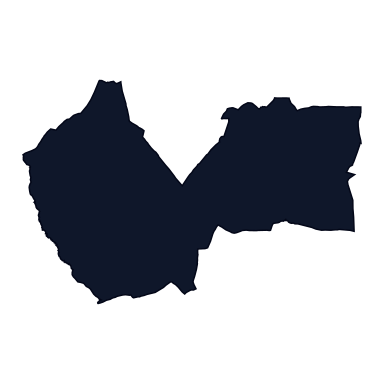 Chemba, Dodoma, United Republic of Tanzania
{"feature_id": "72390352B30961702846084", "entity_name": "Chemba", "entity_type": "district", "adm_level": 2, "iso_a3": "TZA", "parent_name": "United Republic of Tanzania", "parent_adm1": "Dodoma", "projection": "mercator", "projection_center": [35.501, -5.27], "detail": "fine", "context": "isolated", "style": "filled", "palette": "ink", "viewbox_px": 384, "rotation_deg": 0, "n_neighbors": 0, "source": "geoboundaries", "source_scale": "gbopen_adm2", "svg_char_len": 5854}
<svg xmlns="http://www.w3.org/2000/svg" viewBox="0 0 384 384"><path d="M196.0,288.8L193.9,284.6L193.0,281.9L193.3,280.3L194.6,276.3L196.4,269.4L197.4,263.6L197.2,262.9L197.5,260.1L197.4,258.0L197.9,254.5L197.7,253.6L197.6,250.7L197.9,249.1L198.8,248.9L205.1,248.6L207.6,247.8L210.5,241.2L212.8,233.8L213.9,231.3L215.3,229.2L216.3,227.2L217.7,225.3L218.0,225.1L218.8,225.2L219.5,225.8L221.8,227.0L225.9,229.8L230.3,231.7L231.8,232.6L233.4,233.0L234.6,233.1L236.7,232.6L240.6,231.2L242.2,230.5L246.2,230.1L249.3,230.5L256.3,230.6L258.2,230.4L266.7,230.2L269.4,230.5L270.5,230.3L272.1,225.5L272.7,224.2L273.6,223.3L278.1,222.7L279.6,222.1L280.7,221.1L282.1,221.1L282.8,220.7L283.2,221.1L283.7,221.1L284.4,220.3L285.0,220.4L285.6,219.7L285.7,220.3L285.9,220.5L286.1,220.1L288.0,220.9L288.0,221.3L288.6,222.1L290.3,223.0L291.9,223.3L293.2,223.0L294.8,223.8L298.0,223.9L311.8,227.4L315.8,229.0L321.5,230.2L325.1,230.0L330.8,230.2L335.2,229.8L337.4,229.8L339.2,229.4L350.1,230.3L354.1,231.3L353.6,217.0L352.9,208.6L352.8,200.2L347.9,184.6L347.4,181.4L348.6,179.0L350.0,177.8L354.6,174.6L348.0,172.7L346.4,172.4L348.8,167.6L350.1,166.2L351.8,165.5L352.5,165.0L352.7,163.8L353.7,161.8L357.2,152.2L359.7,144.8L360.2,142.8L361.0,143.2L360.7,140.5L359.1,133.9L358.2,126.2L358.1,122.2L358.1,121.5L358.9,119.1L360.3,116.6L360.5,113.6L360.8,112.6L360.8,107.0L351.7,106.9L345.7,107.3L343.7,106.9L336.9,106.9L328.6,106.5L325.5,106.8L319.8,107.0L317.7,106.6L313.4,106.4L311.3,106.8L308.8,107.9L304.5,108.4L300.8,109.2L297.2,110.7L296.5,110.0L294.5,106.6L291.0,103.3L289.1,98.8L289.1,98.2L286.1,98.0L277.5,98.1L274.6,97.9L274.3,99.0L273.3,100.6L267.0,106.9L265.7,107.3L265.0,106.7L263.3,106.9L262.6,106.6L262.2,106.8L261.7,107.3L261.3,107.4L260.7,107.3L260.3,108.2L259.7,108.9L258.3,108.6L257.6,108.1L256.4,106.8L252.4,103.5L251.0,103.0L247.8,102.8L243.7,104.8L241.5,106.4L238.2,109.8L233.0,107.8L232.1,107.8L229.4,108.2L227.4,108.8L226.4,111.2L223.6,114.1L221.5,118.5L221.7,118.8L222.1,118.8L223.6,118.5L226.0,118.6L228.8,118.5L228.8,121.9L223.9,136.6L222.1,136.5L221.0,137.1L219.8,138.8L219.3,141.3L219.7,141.9L215.9,144.9L211.0,149.8L207.9,154.1L206.6,154.9L199.6,163.5L197.9,164.5L196.9,166.3L193.5,169.9L191.9,172.5L189.8,174.6L188.2,176.8L182.2,185.8L175.7,178.3L174.1,175.9L168.7,168.8L165.6,165.3L158.9,157.0L158.1,155.2L155.9,152.3L154.0,150.9L151.2,148.0L148.2,144.2L147.8,143.3L145.7,141.1L144.5,139.2L142.5,137.1L144.0,130.8L142.2,129.3L139.7,127.9L138.9,127.8L137.7,126.5L136.4,125.6L132.1,123.2L129.5,121.3L129.1,120.2L128.7,116.8L127.2,109.5L126.0,105.6L125.9,103.8L122.2,91.1L120.9,83.1L120.8,81.8L118.3,83.0L116.5,83.6L115.2,83.0L113.6,81.4L110.6,81.9L108.9,82.5L108.6,82.6L107.9,82.2L106.5,82.7L105.7,82.7L105.3,82.2L101.8,80.6L99.5,80.5L99.1,80.9L94.5,92.1L90.9,99.7L87.2,105.7L80.8,113.4L78.4,113.6L74.0,115.2L73.0,115.9L69.5,119.1L67.1,119.4L64.3,121.4L63.2,122.7L58.9,126.6L56.1,130.0L55.3,130.0L50.7,129.0L47.3,132.1L45.5,134.5L44.2,135.9L43.8,136.8L42.1,139.2L40.7,141.7L38.8,144.3L37.8,146.3L36.8,147.7L35.5,148.9L31.8,150.7L25.3,153.2L23.0,154.8L23.5,155.7L23.5,156.6L23.3,157.4L23.6,157.8L23.6,158.3L23.3,158.7L23.4,159.9L23.8,160.8L24.8,161.4L24.8,162.0L25.6,162.6L25.9,163.3L26.5,164.0L26.8,164.5L29.2,165.2L29.6,166.0L30.0,166.1L30.4,166.6L30.3,167.5L29.7,167.8L30.1,168.5L30.1,168.8L30.0,169.7L29.7,170.0L29.5,171.1L29.8,173.2L30.1,174.2L30.0,174.7L30.9,177.6L30.4,179.5L31.1,182.4L30.4,183.2L29.4,185.9L29.2,187.5L29.7,191.2L30.3,194.0L31.2,195.1L31.9,195.2L32.1,195.8L33.2,197.4L33.1,197.7L33.7,198.5L34.1,199.4L35.0,200.1L35.2,201.2L34.7,201.2L34.6,201.5L35.0,201.7L34.9,201.9L34.5,201.9L34.3,202.1L35.0,202.2L34.8,203.2L34.9,203.4L35.3,203.4L35.5,204.0L35.4,204.7L36.0,205.6L36.0,206.8L36.4,207.3L36.3,207.6L36.9,208.5L37.4,208.6L37.5,209.1L37.8,209.2L38.2,209.7L38.7,209.9L39.3,210.8L39.3,211.1L39.6,211.3L39.4,211.5L39.5,211.8L39.1,212.5L39.4,213.1L39.2,213.9L38.7,214.0L38.7,214.5L38.4,215.1L38.7,215.5L38.6,215.9L38.8,216.2L38.8,216.7L39.4,216.9L39.5,217.2L39.5,217.6L39.1,217.8L39.2,218.3L38.9,218.8L39.1,219.2L38.8,219.9L39.7,220.3L39.4,221.3L39.7,221.6L40.2,221.6L40.0,222.0L40.7,222.8L40.8,223.5L41.2,224.2L41.1,224.6L41.6,224.9L41.7,225.7L42.2,226.4L41.8,227.3L41.9,227.9L42.6,228.7L42.3,229.6L42.4,230.1L43.9,230.0L44.3,230.5L45.2,231.0L45.9,232.9L45.6,233.5L46.9,233.6L46.8,233.9L46.0,233.9L46.0,234.1L47.2,234.8L47.2,235.1L46.5,235.3L46.3,235.6L46.4,236.0L47.4,236.7L47.8,237.3L48.6,237.9L49.6,237.6L50.5,238.2L50.6,238.9L51.4,239.4L51.1,239.6L51.3,240.0L52.1,240.1L52.4,241.0L53.9,241.7L54.3,242.7L55.3,242.4L55.6,242.6L55.3,243.8L55.8,244.0L56.2,244.5L56.7,244.5L56.1,245.3L56.9,245.9L57.3,246.6L57.9,246.9L57.8,247.8L58.6,248.4L58.4,250.0L58.0,250.6L58.6,251.2L58.8,252.2L59.1,252.4L58.8,252.8L58.4,252.8L58.3,253.1L58.6,253.3L58.4,254.3L59.0,256.1L59.4,256.7L60.0,257.0L60.3,257.5L60.4,258.4L61.0,259.3L61.6,259.6L62.3,260.6L62.6,260.7L63.1,260.6L63.8,260.9L64.1,261.6L64.3,261.1L64.8,262.1L65.4,262.2L65.9,262.7L66.5,262.6L67.1,263.5L67.8,263.8L68.8,263.6L68.6,264.3L68.8,264.5L69.7,264.4L70.2,264.8L70.3,265.5L71.0,266.1L71.3,268.3L72.1,269.1L73.0,269.6L72.9,270.1L72.4,271.1L72.5,271.9L72.2,272.5L72.2,274.8L73.4,276.8L74.9,278.3L77.9,281.9L80.4,282.3L83.8,283.3L86.3,286.4L88.7,287.6L90.4,289.0L93.7,294.1L96.0,296.3L97.8,297.3L99.2,298.8L101.2,299.9L100.8,300.1L99.8,299.9L99.4,300.0L99.5,301.1L97.9,302.2L97.7,302.8L97.9,303.4L98.1,303.5L98.9,303.2L99.8,303.1L103.0,302.0L106.5,300.2L110.2,299.3L112.7,297.9L115.2,297.3L117.2,296.3L122.6,295.0L125.4,294.7L129.7,295.2L130.8,295.0L132.7,297.4L133.1,297.5L133.6,297.8L137.9,296.8L139.7,296.8L140.7,296.2L144.2,295.4L146.9,294.4L155.2,292.4L163.5,287.4L166.0,285.1L170.6,281.8L171.8,281.9L173.4,283.3L175.5,284.5L178.3,287.2L182.2,291.9L184.7,294.0L186.2,292.5L190.2,290.3L191.5,289.9L193.5,290.0L196.0,288.8Z" fill="#0f172a" stroke="#020617" stroke-width="1.5"/></svg>